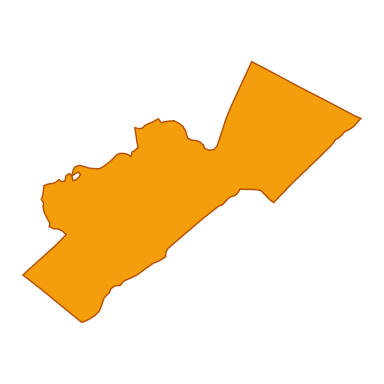 outline of Araranguá, Santa Catarina, Brazil
{"feature_id": "56859067B76617068555003", "entity_name": "Araranguá", "entity_type": "district", "adm_level": 2, "iso_a3": "BRA", "parent_name": "Brazil", "parent_adm1": "Santa Catarina", "projection": "mercator", "projection_center": [-49.475, -28.946], "detail": "fine", "context": "isolated", "style": "filled", "palette": "amber", "viewbox_px": 384, "rotation_deg": 0, "n_neighbors": 0, "source": "geoboundaries", "source_scale": "gbopen_adm2", "svg_char_len": 2197}
<svg xmlns="http://www.w3.org/2000/svg" viewBox="0 0 384 384"><path d="M298.3,86.4L294.3,84.3L264.0,68.0L259.1,65.6L254.8,63.3L251.7,61.7L232.1,104.2L226.3,118.0L217.1,146.1L214.0,149.5L209.5,150.3L204.9,148.6L203.1,144.8L200.1,142.1L196.6,140.7L191.7,140.1L188.1,138.5L186.8,135.5L185.7,131.0L182.8,126.3L178.5,123.1L174.1,120.8L170.1,121.0L165.3,121.7L161.2,122.7L158.2,118.7L153.6,121.6L145.8,124.8L142.3,128.1L139.2,128.8L134.9,127.7L135.7,133.3L136.3,137.3L137.0,142.2L138.1,147.3L135.0,150.4L131.9,152.2L131.1,156.5L127.3,154.2L124.0,153.4L119.8,153.4L116.3,155.1L113.8,157.8L111.6,160.2L109.2,162.2L105.9,164.7L103.0,166.9L99.4,168.7L94.4,168.6L89.9,168.3L86.7,167.4L82.9,166.2L78.9,165.4L74.7,167.2L72.7,171.2L71.9,176.0L69.5,173.6L66.1,175.6L64.9,181.0L61.8,181.8L59.0,179.6L56.0,182.1L53.1,183.4L50.2,183.7L47.3,184.3L44.0,185.7L43.5,189.6L43.0,194.6L41.3,199.5L43.7,202.9L43.0,206.8L44.3,212.6L47.0,218.0L49.9,223.2L49.2,226.7L53.8,228.9L57.3,228.7L62.4,230.9L66.1,234.7L57.0,244.1L32.1,266.6L27.8,270.4L23.0,275.0L42.0,289.9L50.5,296.9L81.6,322.3L84.6,321.4L89.2,319.2L94.6,315.8L99.1,311.3L101.5,305.6L102.8,301.6L104.1,298.0L106.7,295.2L109.2,292.8L110.8,289.0L114.5,286.0L117.6,285.7L120.6,285.1L123.5,281.3L126.4,279.8L130.5,278.1L135.7,275.7L139.0,273.5L141.8,271.5L145.1,268.9L149.5,266.0L153.6,262.9L156.9,261.9L161.9,259.3L165.7,256.5L165.9,252.1L167.7,248.9L171.9,245.1L183.9,234.7L189.6,229.9L201.7,219.5L208.3,214.3L212.1,211.3L218.3,206.4L222.6,204.6L225.5,201.5L227.9,198.8L230.7,196.8L234.7,195.7L237.8,193.1L239.9,189.2L255.9,189.6L260.8,190.4L263.2,193.0L266.4,196.1L269.5,199.5L273.7,202.6L276.8,199.3L279.7,196.2L282.0,193.9L284.6,191.4L287.5,188.1L290.2,185.4L294.3,181.2L298.6,177.2L302.5,173.3L306.4,169.8L309.5,166.5L313.0,163.3L315.8,160.6L318.9,157.7L322.6,154.0L325.1,151.5L327.6,149.0L330.1,146.7L333.5,142.6L335.6,139.5L338.4,138.1L341.7,135.2L344.6,131.8L348.4,129.9L351.6,128.0L354.1,126.1L356.2,123.6L358.5,121.0L361.0,118.4L355.8,116.4L352.6,114.7L349.2,112.9L343.5,109.9L320.5,97.8L307.9,91.4L298.3,86.4ZM71.9,176.0L75.0,173.8L78.2,172.0L80.5,174.5L78.7,177.4L75.9,179.9L72.9,180.6L71.9,176.0Z" fill="#f59e0b" stroke="#b45309" stroke-width="1.5"/></svg>